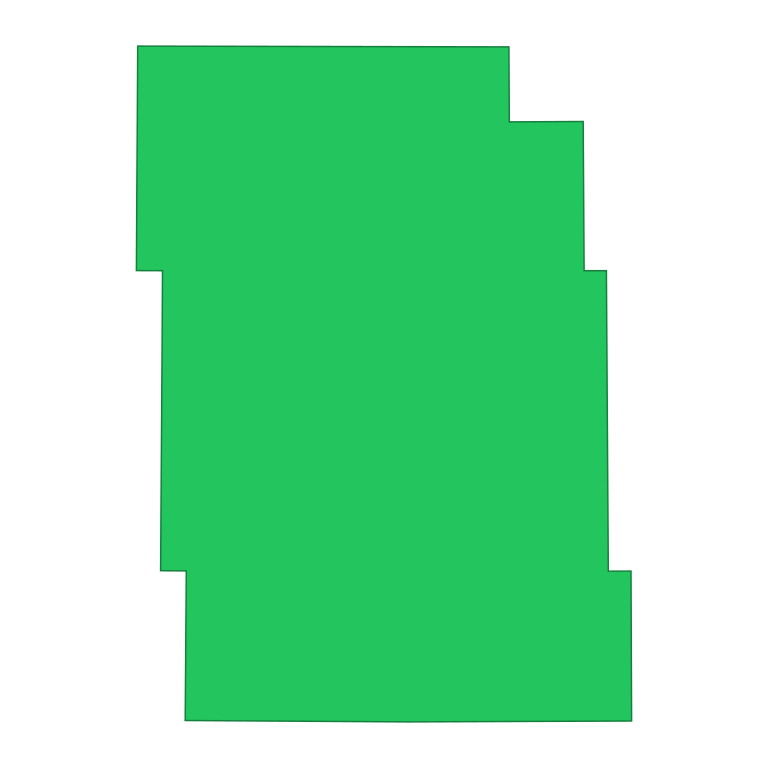 the district of McHenry, North Dakota, United States of America
{"feature_id": "52423323B92071804936124", "entity_name": "McHenry", "entity_type": "district", "adm_level": 2, "iso_a3": "USA", "parent_name": "United States of America", "parent_adm1": "North Dakota", "projection": "orthographic", "projection_center": [-100.663, 48.24], "detail": "fine", "context": "isolated", "style": "filled", "palette": "green", "viewbox_px": 768, "rotation_deg": 0, "n_neighbors": 0, "source": "geoboundaries", "source_scale": "gbopen_adm2", "svg_char_len": 370}
<svg xmlns="http://www.w3.org/2000/svg" viewBox="0 0 768 768"><path d="M631.6,721.0L631.0,571.1L608.3,571.2L606.4,270.7L584.1,270.7L583.2,121.5L509.3,121.9L508.9,46.9L137.7,46.1L137.3,121.0L136.8,195.7L136.4,270.6L162.5,270.7L162.1,346.4L161.1,496.0L160.6,570.7L186.3,570.9L185.2,720.5L408.1,721.9L631.6,721.0Z" fill="#22c55e" stroke="#15803d" stroke-width="1.5"/></svg>